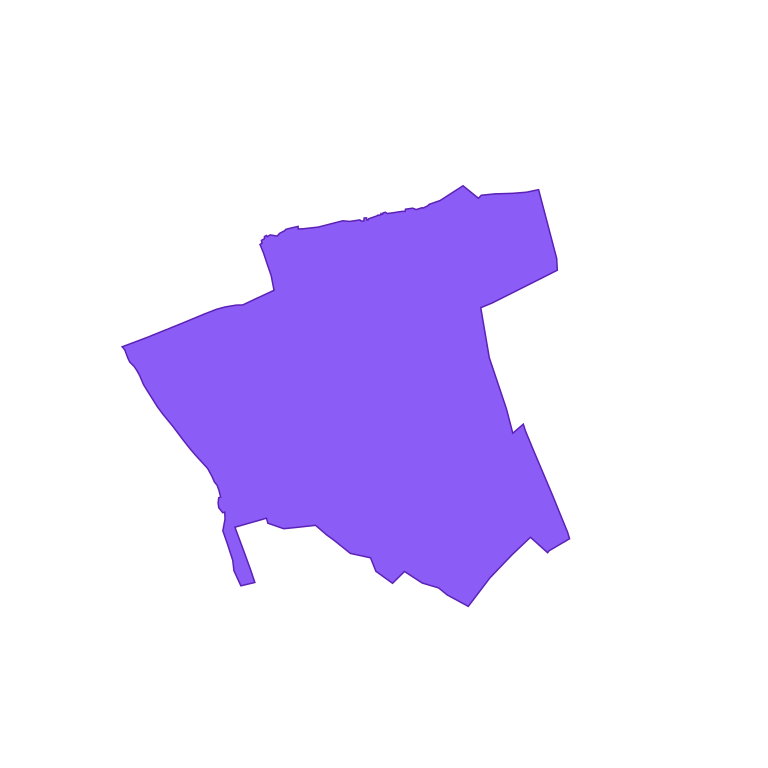 the district of Kolomotu'a, Tongatapu, Tonga, rotated 213°
{"feature_id": "48082658B41580202055285", "entity_name": "Kolomotu'a", "entity_type": "district", "adm_level": 2, "iso_a3": "TON", "parent_name": "Tonga", "parent_adm1": "Tongatapu", "projection": "equal_earth", "projection_center": [-175.229, -21.143], "detail": "fine", "context": "isolated", "style": "filled", "palette": "violet", "viewbox_px": 768, "rotation_deg": 213, "n_neighbors": 0, "source": "geoboundaries", "source_scale": "gbopen_adm2", "svg_char_len": 1971}
<svg xmlns="http://www.w3.org/2000/svg" viewBox="0 0 768 768"><g transform="rotate(213 384 384)"><path d="M623.9,272.6L620.1,271.5L612.9,266.2L609.1,263.9L603.4,262.7L599.0,260.9L593.7,258.1L585.2,252.4L578.2,249.1L561.5,241.4L553.2,238.3L537.5,233.3L522.5,227.8L511.3,224.0L503.6,221.7L485.9,217.1L478.1,212.9L472.9,209.5L468.7,208.1L464.5,204.9L459.4,200.2L460.7,198.6L458.2,193.7L455.2,190.2L449.1,188.2L447.8,189.8L443.8,184.2L439.2,173.1L427.5,164.0L414.7,153.6L408.2,145.7L394.1,136.8L384.2,147.2L394.8,155.6L410.3,167.3L431.0,182.7L409.5,207.4L405.6,204.0L389.3,208.0L378.6,216.6L364.4,228.2L349.9,226.2L341.9,225.8L319.9,223.6L300.6,230.9L288.8,222.5L268.3,221.5L264.7,237.9L243.5,237.9L227.2,242.7L215.9,241.5L192.2,243.4L189.6,278.9L185.8,299.0L183.5,311.0L177.7,335.2L154.9,331.6L154.7,334.1L144.1,355.3L149.3,359.7L164.9,370.5L179.8,380.9L179.9,381.0L196.9,392.5L223.1,410.2L239.8,421.7L245.3,426.2L249.2,412.9L267.6,429.7L310.0,463.4L344.4,500.7L337.5,510.7L304.0,568.0L302.4,570.8L300.6,573.8L307.5,583.3L337.2,610.3L360.2,631.2L368.9,622.5L380.2,613.8L394.5,603.9L405.2,595.3L406.0,591.2L425.7,593.3L436.9,568.4L443.9,559.4L444.4,557.2L447.0,552.9L448.1,552.6L452.0,547.8L455.7,547.1L461.2,542.3L460.3,540.3L462.8,538.7L470.4,531.9L474.2,528.7L476.4,528.8L478.0,527.0L477.6,525.8L478.2,524.9L479.3,525.3L479.2,523.9L479.9,522.6L481.0,522.5L481.6,521.0L486.8,514.3L486.7,512.9L487.7,512.2L489.1,513.8L491.1,512.4L489.7,509.8L490.6,509.0L492.1,508.3L493.6,508.5L501.4,501.6L507.4,498.5L516.8,488.3L524.6,479.8L536.3,470.2L540.4,467.3L541.9,469.4L547.1,464.0L550.6,460.2L550.8,458.4L553.6,453.6L554.2,449.8L557.8,448.3L560.7,447.0L562.1,444.0L563.4,444.6L564.6,442.5L563.4,440.8L565.0,437.7L563.0,435.6L564.0,433.5L556.6,428.4L545.3,419.4L537.6,413.4L527.3,402.7L537.2,386.9L545.6,373.3L550.9,369.7L559.1,362.2L565.2,355.4L573.0,344.6L573.3,344.1L587.1,324.0L597.6,309.0L608.9,292.9L623.9,272.6Z" fill="#8b5cf6" stroke="#5b21b6" stroke-width="1.5"/></g></svg>